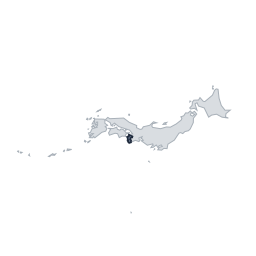 location of Wakayama within Japan, rotated 37°
{"feature_id": "JPN-1854", "entity_name": "Wakayama", "entity_type": "Prefecture", "adm_level": 1, "iso_a3": "JPN", "parent_name": "Japan", "parent_adm1": "", "projection": "robinson", "projection_center": [135.481, 33.903], "detail": "fine", "context": "in_parent", "style": "filled", "palette": "slate", "viewbox_px": 256, "rotation_deg": 37, "n_neighbors": 0, "source": "natural_earth", "source_scale": "10m", "svg_char_len": 4978}
<svg xmlns="http://www.w3.org/2000/svg" viewBox="0 0 256 256"><g transform="rotate(37 128 128)"><path d="M171.1,74.7L174.5,75.5L174.4,80.9L176.9,84.4L178.3,91.3L177.9,93.8L175.6,96.6L175.1,99.5L172.8,100.0L171.8,101.5L172.3,109.8L169.6,116.9L171.6,121.0L168.9,122.7L168.2,125.4L164.9,127.5L164.7,124.4L166.5,122.1L164.7,121.5L163.5,123.5L163.7,125.6L160.8,124.6L159.8,128.1L158.1,129.9L157.9,127.0L158.5,126.6L157.3,125.8L153.8,130.1L146.2,130.2L147.6,128.6L145.5,128.1L144.9,129.0L144.5,126.4L142.7,129.4L145.0,131.4L144.8,132.3L141.3,133.4L138.5,138.4L137.0,139.0L135.4,138.5L133.2,134.8L133.0,132.5L135.2,129.9L130.6,128.7L119.9,132.4L114.3,132.2L113.1,136.2L110.4,134.4L104.9,135.1L105.5,131.7L107.9,131.5L118.5,122.7L125.6,122.7L133.5,120.8L134.6,122.6L138.4,121.9L139.7,120.6L139.5,117.8L143.7,112.8L144.6,107.7L147.8,106.6L145.0,109.8L145.8,112.1L147.3,112.7L154.4,109.0L158.1,104.0L161.3,101.9L164.1,95.7L165.7,89.7L165.2,87.8L163.5,87.3L165.2,84.6L164.9,81.3L166.9,79.9L167.5,76.9L169.1,77.2L170.0,80.1L172.4,79.7L173.1,77.1L170.2,77.6L170.2,76.7L171.1,74.7ZM189.0,53.9L194.8,55.4L198.9,52.2L197.6,57.5L199.1,60.4L202.2,59.7L196.5,62.8L190.4,63.7L187.0,67.4L185.9,70.8L176.8,66.1L171.2,68.0L167.9,66.3L167.0,68.4L172.4,72.3L169.2,72.2L166.7,75.1L165.2,74.9L165.6,71.4L163.8,68.5L163.9,66.1L167.5,63.2L167.2,60.4L172.0,61.4L173.5,60.6L175.7,51.0L174.5,45.6L174.9,43.7L176.6,42.9L182.9,49.5L189.0,53.9ZM106.6,138.1L110.1,138.1L109.0,140.7L111.4,140.9L112.1,143.9L109.7,147.2L107.4,155.8L105.6,155.5L105.8,157.0L103.0,158.9L103.7,153.3L102.2,154.5L102.3,157.6L99.4,155.7L100.6,154.2L99.8,150.2L102.9,146.0L101.9,145.7L102.2,144.3L100.2,141.5L99.4,142.1L99.7,144.1L100.8,144.1L100.8,145.3L98.9,144.8L96.9,146.4L96.4,142.4L98.5,144.1L95.8,141.0L103.5,135.4L105.1,135.9L106.6,138.1ZM125.3,132.1L129.9,133.0L130.6,136.3L128.2,138.0L126.8,140.9L123.1,138.8L120.8,140.0L117.5,144.9L115.4,143.6L114.9,139.4L112.3,140.2L116.5,137.4L118.5,134.1L120.2,135.4L122.8,134.7L123.0,132.9L125.3,132.1ZM85.8,194.0L83.1,195.7L82.6,198.1L81.6,198.5L83.4,193.7L84.7,193.9L85.8,192.2L85.8,194.0ZM156.1,102.2L153.8,104.1L153.9,102.1L155.6,100.2L155.3,102.1L156.1,102.2ZM95.9,179.0L93.6,182.2L92.3,181.2L95.9,179.0ZM99.0,149.1L98.2,149.0L98.6,146.8L99.6,146.6L99.0,149.1ZM131.9,132.5L130.1,132.5L132.4,130.5L131.7,131.7L131.9,132.5ZM102.4,165.0L101.2,164.9L100.9,163.9L102.6,163.9L102.4,165.0ZM95.3,130.5L93.8,131.9L95.1,129.3L95.3,130.5ZM104.8,163.9L104.2,163.5L105.5,160.4L105.5,161.9L104.8,163.9ZM89.5,144.7L90.7,144.8L91.0,145.7L89.7,146.1L89.5,144.7ZM94.3,132.6L93.3,133.7L93.5,132.3L94.3,132.6ZM55.3,213.1L53.8,213.1L53.8,212.8L54.5,212.1L55.3,213.1ZM121.5,117.1L120.6,117.3L120.4,116.4L121.0,116.1L121.5,117.1ZM92.3,144.2L91.8,143.3L92.6,141.8L93.0,143.0L92.3,144.2ZM58.1,211.2L57.7,212.5L57.0,212.6L56.6,211.9L58.1,211.2ZM91.1,185.4L90.4,185.4L90.4,184.0L90.8,183.9L91.1,185.4ZM172.6,45.9L171.7,45.7L171.6,45.2L172.3,45.0L172.6,45.9ZM101.6,146.8L100.5,147.6L100.1,147.2L101.6,146.8ZM161.7,70.0L161.2,69.2L162.0,68.9L161.7,70.0ZM113.6,135.9L114.3,135.6L115.2,135.6L113.6,135.9ZM171.0,43.3L170.9,44.8L170.5,43.2L171.0,43.3ZM95.3,140.6L94.3,141.5L95.7,140.0L95.3,140.6ZM66.1,209.4L64.9,209.5L65.0,208.4L65.3,208.9L66.1,209.4ZM97.2,136.2L96.5,137.0L96.8,136.0L97.2,136.2ZM127.8,130.6L127.3,131.5L126.9,130.7L127.8,130.6ZM92.9,181.8L92.7,182.4L92.4,181.6L92.9,181.8ZM162.1,128.6L161.9,129.3L161.7,128.6L162.1,128.6ZM97.0,153.0L96.4,153.2L97.0,152.7L97.0,153.0ZM115.8,133.5L115.9,134.3L115.3,134.2L115.8,133.5ZM165.3,142.2L164.6,142.3L164.6,141.9L165.3,142.2ZM181.6,193.6L181.7,194.3L181.2,193.5L181.6,193.6Z" fill="#d9dde1" stroke="#a8b0b8" stroke-width="1"/><path d="M139.0,137.4L139.0,137.7L138.8,137.7L138.8,137.9L138.7,137.9L138.7,138.1L138.8,138.1L138.7,138.3L138.5,138.5L138.4,138.6L137.9,138.8L137.7,138.9L137.6,139.1L137.7,139.3L137.4,139.3L137.5,139.1L136.9,139.0L136.6,138.9L135.7,138.6L135.3,138.5L135.1,138.3L135.0,138.2L135.0,137.9L134.9,137.8L134.9,137.7L134.7,137.6L134.7,137.3L134.9,137.3L135.1,137.3L135.0,137.2L134.6,136.9L134.3,136.8L134.1,136.6L133.9,136.6L133.7,136.4L133.5,136.2L133.4,135.9L133.2,135.7L133.0,135.8L132.8,135.8L132.8,135.7L132.7,135.7L132.8,135.6L132.8,135.4L133.0,135.2L132.9,135.2L133.0,134.9L133.4,134.8L133.4,134.7L133.5,134.5L133.4,134.5L133.3,134.4L133.1,134.3L133.1,134.0L133.2,133.9L133.4,133.8L133.6,133.8L133.6,133.7L133.5,133.4L133.4,133.4L133.3,133.0L133.2,132.9L132.8,132.7L133.0,132.6L133.6,132.7L134.5,132.5L134.6,132.4L135.4,132.2L135.6,132.2L135.8,132.2L136.4,131.9L136.7,131.9L136.8,132.3L136.8,132.6L137.0,132.9L137.1,133.0L136.8,133.2L136.7,133.2L136.7,133.3L136.5,133.6L136.3,133.8L136.2,134.0L136.0,134.3L136.0,134.5L136.3,134.7L136.3,134.9L136.4,135.0L136.5,135.2L136.5,135.4L136.4,135.5L136.4,135.9L136.5,136.0L136.8,135.9L137.0,135.8L137.3,135.9L137.5,135.9L137.9,135.9L138.1,136.2L138.1,136.3L138.1,136.5L138.4,136.9L138.6,137.0L138.8,137.2L138.9,137.3L139.0,137.4Z" fill="#64748b" stroke="#1e293b" stroke-width="1.5"/></g></svg>